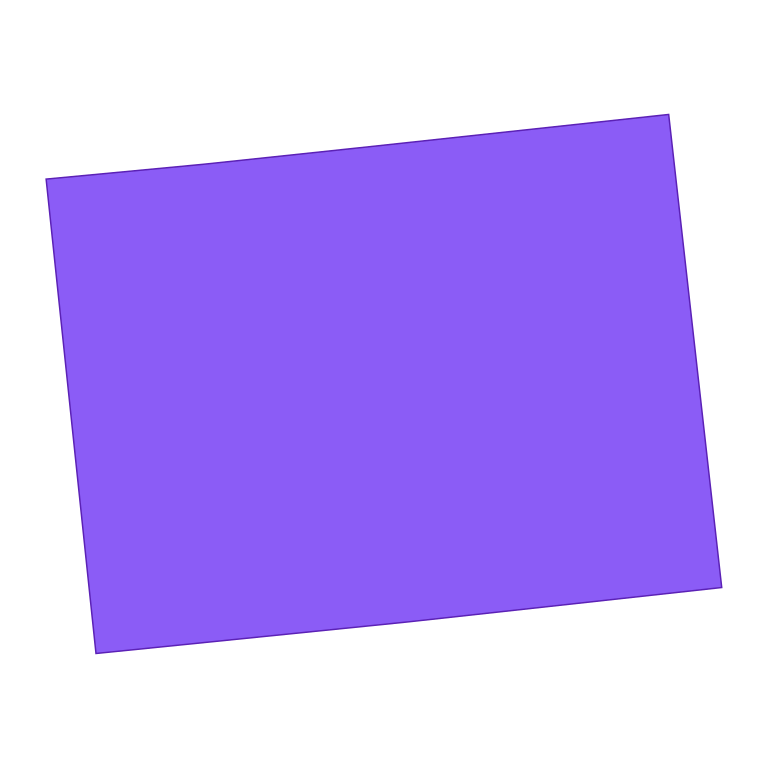 outline of Lucas, Iowa, United States of America, rotated 354°
{"feature_id": "52423323B52818697562643", "entity_name": "Lucas", "entity_type": "district", "adm_level": 2, "iso_a3": "USA", "parent_name": "United States of America", "parent_adm1": "Iowa", "projection": "albers", "projection_center": [-93.313, 41.03], "detail": "fine", "context": "isolated", "style": "filled", "palette": "violet", "viewbox_px": 768, "rotation_deg": 354, "n_neighbors": 0, "source": "geoboundaries", "source_scale": "gbopen_adm2", "svg_char_len": 265}
<svg xmlns="http://www.w3.org/2000/svg" viewBox="0 0 768 768"><g transform="rotate(354 384 384)"><path d="M698.6,621.7L695.3,145.7L383.0,146.5L227.5,146.6L69.4,144.9L69.4,621.9L383.5,623.1L698.6,621.7Z" fill="#8b5cf6" stroke="#5b21b6" stroke-width="1.5"/></g></svg>